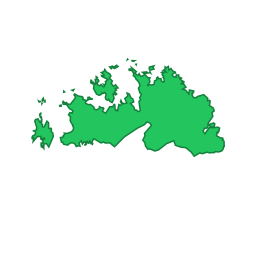 Sengerema, Mwanza, United Republic of Tanzania, rotated 317°
{"feature_id": "72390352B95612948822264", "entity_name": "Sengerema", "entity_type": "district", "adm_level": 2, "iso_a3": "TZA", "parent_name": "United Republic of Tanzania", "parent_adm1": "Mwanza", "projection": "robinson", "projection_center": [32.45, -2.582], "detail": "fine", "context": "isolated", "style": "filled", "palette": "green", "viewbox_px": 256, "rotation_deg": 317, "n_neighbors": 0, "source": "geoboundaries", "source_scale": "gbopen_adm2", "svg_char_len": 5760}
<svg xmlns="http://www.w3.org/2000/svg" viewBox="0 0 256 256"><g transform="rotate(317 128 128)"><path d="M157.2,193.8L163.3,195.1L165.0,197.6L169.4,199.6L170.5,201.6L174.6,205.0L175.7,204.8L177.9,207.3L180.9,208.7L183.0,208.4L185.2,206.7L185.7,207.2L189.1,203.3L189.4,201.8L188.2,200.9L189.4,201.4L190.4,200.0L188.8,198.2L187.5,194.0L189.7,192.3L190.3,193.0L191.0,192.6L189.9,192.5L190.3,191.8L192.1,192.5L194.9,190.5L194.3,188.7L191.1,186.3L194.3,184.2L194.0,182.6L189.5,180.7L189.2,183.4L190.9,185.3L190.4,185.6L187.7,183.1L180.3,184.7L180.6,181.7L183.8,180.3L185.5,181.8L187.5,181.4L189.8,179.2L198.0,177.3L199.9,174.0L202.7,174.3L204.0,171.4L202.9,167.1L206.5,164.3L206.4,163.2L204.7,162.4L206.6,160.5L206.1,155.2L200.0,152.2L198.8,152.6L196.6,150.3L197.7,146.8L199.1,147.0L199.4,145.9L200.8,146.4L201.3,145.6L198.8,142.1L195.7,144.5L195.9,139.6L194.4,136.8L198.2,137.7L198.7,134.2L197.0,132.0L198.8,131.5L199.4,132.9L200.4,132.5L199.3,127.7L200.0,127.1L201.5,128.6L199.9,125.6L201.2,123.7L199.4,122.2L197.7,123.7L196.4,121.5L196.3,119.6L197.2,119.0L199.9,119.4L200.2,120.2L200.7,119.4L199.6,116.7L200.0,113.8L197.5,113.6L199.5,110.5L197.2,110.2L196.9,108.6L195.0,110.3L193.3,109.9L194.2,111.1L194.0,113.3L191.4,110.4L190.3,110.3L190.9,112.0L189.3,112.4L189.3,114.5L188.2,114.7L188.1,116.3L186.0,118.7L185.2,118.6L184.4,116.4L185.8,114.4L184.1,112.7L184.5,111.0L183.1,110.9L182.1,112.4L179.6,111.6L176.8,113.9L174.6,112.7L173.0,110.4L170.7,110.5L175.6,109.1L176.7,107.0L178.3,106.3L176.8,104.8L176.9,100.4L173.4,99.7L172.5,98.3L173.2,95.9L171.5,96.4L170.7,95.2L170.6,92.4L172.5,92.5L171.8,86.3L170.6,89.0L169.9,89.0L169.4,92.2L167.5,93.4L168.0,95.3L167.2,97.5L167.2,101.5L165.8,105.2L162.8,106.0L160.7,110.3L160.6,112.6L157.2,113.8L156.4,115.9L154.1,116.1L148.9,123.5L147.8,123.5L148.1,124.0L146.5,122.6L146.5,120.9L145.3,119.1L146.6,116.8L146.6,111.7L149.9,112.9L151.3,110.1L150.8,107.9L152.1,104.0L151.2,101.8L149.6,104.5L145.8,104.2L144.1,108.9L141.6,107.5L140.9,105.2L141.7,103.0L140.3,103.7L139.9,106.3L138.1,106.5L137.4,104.6L133.1,107.5L132.1,107.2L132.2,108.1L131.2,107.3L131.1,105.7L134.2,102.1L134.0,101.3L131.2,102.0L129.2,100.0L121.7,102.0L120.7,98.4L123.6,97.2L123.6,96.0L122.6,95.4L121.7,92.9L120.1,94.1L117.4,93.3L116.2,91.1L117.3,89.6L116.7,85.2L115.1,84.1L113.8,81.2L114.3,80.0L116.9,80.0L119.1,80.5L122.0,82.9L120.7,80.4L120.8,79.1L119.5,78.3L118.1,79.8L116.5,79.7L114.5,76.4L115.8,75.3L115.9,73.9L113.4,70.6L112.2,66.7L111.1,66.9L110.9,69.2L109.7,70.2L102.2,71.3L100.6,70.1L100.3,67.2L98.8,66.9L98.9,64.3L98.0,64.4L96.8,66.4L99.1,68.8L98.4,73.8L99.5,77.8L97.3,79.0L96.1,77.1L93.5,77.7L93.5,80.7L90.8,83.1L89.7,86.6L90.0,87.9L89.0,88.5L88.4,90.7L86.4,92.1L83.8,92.2L79.7,90.4L77.9,88.3L77.5,89.4L75.3,89.5L74.7,90.5L72.0,88.9L69.6,93.0L70.4,94.1L69.9,96.1L72.3,99.4L75.5,99.6L77.5,101.2L78.3,103.4L77.5,106.3L79.7,107.2L80.5,108.6L82.1,105.6L85.1,105.6L83.7,108.6L86.4,108.2L87.0,109.5L87.2,108.2L87.3,109.8L88.8,109.8L88.2,110.5L89.1,110.9L88.5,111.8L89.1,112.5L91.1,111.6L90.5,113.6L91.2,113.3L91.6,113.7L90.5,113.9L90.8,115.7L91.7,115.2L91.8,113.7L95.7,112.5L98.1,120.6L100.5,121.4L101.1,123.4L104.6,126.6L105.4,132.5L119.3,132.0L135.0,134.6L142.3,136.8L146.2,136.5L147.3,139.5L146.9,142.1L136.5,143.2L135.0,145.3L130.6,146.9L130.3,150.2L128.5,153.1L128.0,156.9L129.9,158.5L132.0,163.2L135.7,164.9L145.5,165.7L152.8,168.6L150.9,173.0L153.8,178.4L156.8,181.7L157.8,188.7L157.2,193.8ZM133.9,68.4L133.5,67.8L131.6,69.5L132.8,73.2L129.7,75.6L128.1,81.8L129.2,84.5L131.7,85.3L132.9,84.4L133.6,85.9L135.2,86.1L134.9,88.7L132.3,90.1L131.3,92.1L132.0,93.8L133.4,93.8L132.9,96.3L133.7,98.6L138.0,96.9L140.3,92.9L141.1,93.1L141.4,95.2L142.6,95.6L143.1,94.9L142.4,92.8L143.0,92.1L145.3,92.5L145.6,90.3L148.0,91.9L148.4,87.9L145.9,87.8L146.1,84.0L148.6,83.0L148.4,78.9L150.9,78.4L151.6,76.1L150.4,72.0L151.0,69.3L148.8,70.3L146.3,69.2L146.7,73.0L145.8,73.4L144.4,71.5L144.0,72.3L146.4,78.8L143.0,78.7L142.8,79.7L140.7,80.8L139.9,79.4L139.6,81.0L138.6,81.5L137.9,80.6L138.0,77.8L136.3,77.9L135.3,76.1L135.8,74.2L138.7,73.8L139.2,72.1L137.2,70.0L134.6,73.9L133.4,73.4L134.0,70.9L132.8,70.0L133.9,68.4ZM66.1,58.7L64.5,59.4L61.7,65.3L59.7,67.0L56.2,65.3L57.7,66.5L57.4,68.3L55.5,69.5L52.8,68.8L51.0,69.7L50.8,70.4L52.1,70.4L52.1,71.1L49.4,73.2L55.9,72.5L58.5,74.8L56.7,76.6L56.9,77.7L58.4,77.3L60.0,78.3L59.7,79.0L57.5,78.4L55.7,81.1L54.3,79.7L52.7,81.2L53.3,82.7L52.2,82.0L51.8,82.7L52.1,83.7L53.0,83.4L52.6,85.4L55.6,82.3L57.8,83.9L57.1,87.9L67.6,83.2L69.5,80.5L69.6,77.8L71.3,76.7L71.5,75.6L70.1,75.0L70.0,73.9L73.5,70.0L73.4,67.7L67.4,70.0L66.5,69.4L66.4,68.4L67.9,67.2L67.5,66.1L71.1,62.6L67.8,64.1L67.4,63.5L68.5,60.0L66.1,58.7ZM185.1,98.0L183.8,99.2L183.5,100.8L187.2,102.6L187.7,100.6L189.3,100.2L185.1,98.0ZM159.4,73.8L158.8,72.3L158.2,73.5L158.7,75.3L162.7,76.3L162.4,74.3L159.4,73.8ZM179.8,99.6L176.6,97.2L176.8,99.1L180.4,101.6L179.8,99.6ZM86.4,48.3L84.6,48.8L83.6,50.0L85.5,50.3L86.4,48.3ZM157.5,73.1L157.3,71.6L156.3,70.8L156.1,73.2L157.5,73.1ZM178.7,83.3L176.5,80.9L177.3,82.9L178.7,83.3ZM71.3,62.1L72.4,60.4L72.0,59.0L71.1,60.4L71.3,62.1ZM168.8,85.7L168.2,86.7L169.5,87.8L169.9,86.2L168.8,85.7ZM93.3,64.9L93.0,65.7L94.1,66.5L94.7,65.6L93.3,64.9ZM86.9,110.5L85.0,110.8L84.9,111.3L86.4,111.5L86.9,110.5ZM114.6,63.0L112.8,62.1L113.2,63.4L114.6,63.0ZM81.1,47.3L80.7,48.5L82.5,49.1L81.4,48.2L81.1,47.3ZM139.8,68.7L139.3,69.1L139.3,70.6L140.0,70.3L139.8,68.7ZM106.2,58.4L106.2,57.3L105.4,58.0L106.2,58.4ZM182.4,101.8L181.8,102.2L182.0,103.1L182.4,101.8ZM74.3,57.7L73.1,57.6L72.6,58.0L74.0,58.3L74.3,57.7ZM177.1,87.4L177.6,87.1L177.2,86.8L177.1,87.4ZM85.2,52.4L85.6,51.9L84.8,52.1L85.2,52.4ZM174.7,77.3L174.1,77.6L174.7,77.7L174.7,77.3ZM82.6,51.2L81.9,51.1L81.6,51.5L82.6,51.2Z" fill="#22c55e" stroke="#15803d" stroke-width="1.5"/></g></svg>